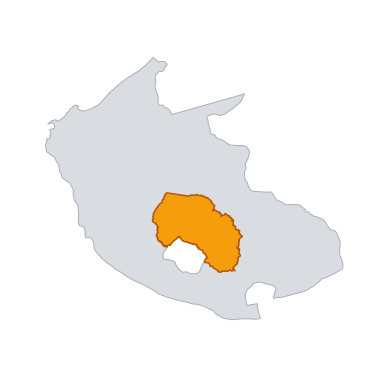 location of Free State within South Africa, rotated 75°
{"feature_id": "ZAF-1206", "entity_name": "Free State", "entity_type": "Province", "adm_level": 1, "iso_a3": "ZAF", "parent_name": "South Africa", "parent_adm1": "", "projection": "natural_earth1", "projection_center": [27.438, -28.674], "detail": "fine", "context": "in_parent", "style": "filled", "palette": "amber", "viewbox_px": 384, "rotation_deg": 75, "n_neighbors": 0, "source": "natural_earth", "source_scale": "10m", "svg_char_len": 9492}
<svg xmlns="http://www.w3.org/2000/svg" viewBox="0 0 384 384"><g transform="rotate(75 192 192)"><path d="M268.1,63.1L277.4,61.8L281.5,62.5L286.5,64.7L291.1,65.5L299.0,64.7L301.7,65.1L303.9,65.9L305.4,67.0L307.6,75.7L309.5,85.1L309.4,88.1L309.7,89.3L311.9,93.2L312.7,95.7L314.0,97.7L316.8,107.7L317.1,109.4L316.9,133.6L315.7,136.5L316.2,140.3L314.9,140.8L307.1,135.9L305.7,136.1L303.5,137.9L301.4,140.8L300.5,143.2L296.5,149.7L296.2,153.8L296.5,157.3L297.8,157.5L298.7,160.0L300.8,164.1L304.4,166.7L307.7,167.9L312.4,168.2L316.1,168.1L315.9,165.4L316.8,158.0L322.9,158.9L332.0,158.7L331.3,163.4L327.9,174.3L325.7,186.5L322.9,192.7L321.4,195.2L316.9,199.7L314.6,201.2L312.7,201.7L305.0,210.8L302.2,215.2L299.7,221.6L297.2,225.1L293.5,232.6L287.0,243.6L281.6,250.9L279.2,253.0L277.6,253.9L273.4,258.2L267.3,264.9L262.7,270.9L255.9,277.7L251.9,280.7L246.0,286.6L244.3,287.4L237.7,292.9L232.9,296.2L225.1,300.0L222.0,301.1L214.7,300.1L211.6,300.6L209.0,303.0L208.8,306.3L207.8,306.8L201.0,305.3L198.2,305.5L196.6,307.3L195.3,309.5L191.4,309.7L184.5,307.3L176.4,305.9L174.5,305.8L170.6,307.5L169.2,307.7L163.5,307.4L160.3,306.3L157.3,306.3L154.9,307.2L152.1,307.5L144.6,313.7L140.7,313.7L137.3,314.5L131.3,313.6L129.5,314.0L127.7,315.1L123.6,315.6L122.1,316.5L115.3,322.2L112.4,321.6L108.8,321.6L104.7,318.5L103.1,318.7L103.5,317.8L103.6,316.2L102.1,314.5L100.6,314.6L99.7,313.3L97.2,313.1L95.2,313.6L94.7,308.3L93.8,307.8L91.3,307.7L90.1,307.8L89.6,308.3L89.0,309.5L89.0,313.2L88.2,312.1L87.1,309.9L86.8,307.6L87.0,304.8L88.9,303.7L88.2,300.2L85.2,294.1L83.4,292.9L82.0,289.7L80.5,288.6L79.9,286.4L78.5,284.7L78.0,281.9L78.7,280.3L79.8,279.5L81.1,280.8L82.5,280.3L84.6,278.3L85.8,275.3L85.7,270.4L85.3,267.4L83.5,259.5L82.6,257.7L78.7,252.1L74.1,244.6L68.2,232.8L65.4,225.7L60.9,211.3L57.1,203.2L52.6,195.6L52.0,195.1L52.6,194.2L54.9,192.4L56.0,192.0L56.6,192.2L57.1,191.7L57.6,190.5L58.0,187.8L59.0,185.0L60.0,183.8L62.0,183.0L63.6,184.1L64.3,185.1L64.6,186.5L65.4,187.1L66.5,187.1L67.3,187.9L67.8,189.7L67.7,190.9L67.1,191.7L67.2,192.7L68.1,194.0L69.0,196.8L73.3,198.2L75.8,198.4L78.1,199.1L80.2,200.4L83.8,200.7L88.7,200.0L92.8,200.3L96.0,201.5L98.3,201.7L99.7,201.0L100.3,199.9L100.1,198.4L100.8,197.5L102.4,197.1L103.6,196.0L104.6,194.2L106.8,192.8L110.3,191.7L112.0,191.7L110.8,115.9L117.1,121.2L118.6,123.6L121.8,130.7L125.0,139.4L125.6,143.6L125.5,144.6L122.4,150.3L122.3,153.1L122.7,156.5L123.5,158.1L124.4,158.7L126.6,157.8L130.1,158.7L136.6,158.3L139.9,158.8L140.7,158.5L141.5,157.8L142.3,155.8L143.1,155.1L146.1,154.3L147.4,153.1L149.6,149.2L156.0,143.9L156.7,142.6L160.7,130.0L161.9,128.2L163.7,127.0L167.3,126.0L169.4,126.6L171.7,127.6L174.3,129.5L178.1,132.9L179.4,133.4L183.3,133.6L185.6,135.9L192.8,137.4L194.9,137.3L197.1,136.1L200.8,136.1L204.7,135.3L207.1,133.0L211.7,119.2L212.2,116.2L212.7,115.3L216.4,113.8L221.0,112.6L221.9,111.9L224.8,108.1L228.5,104.9L231.1,93.9L232.8,91.2L233.9,90.1L234.6,90.1L235.5,89.4L236.8,88.1L238.2,87.2L240.0,86.9L241.1,86.0L241.6,84.5L242.5,83.8L243.7,83.9L244.4,83.4L244.6,82.4L247.4,80.0L247.5,79.1L249.1,76.7L252.2,73.0L255.2,71.0L258.0,70.5L263.1,68.7L265.0,66.9L266.1,64.5L268.1,63.1ZM259.2,226.3L263.7,224.4L267.0,222.0L267.8,217.5L270.4,214.7L271.3,212.1L272.1,208.6L270.6,204.9L268.5,203.8L264.7,200.6L263.0,198.4L260.7,196.6L259.1,194.4L256.5,195.1L252.4,196.8L249.9,198.5L247.8,200.4L244.0,201.8L240.4,207.9L239.2,209.2L236.5,213.7L232.4,215.9L232.4,216.7L233.7,220.3L235.5,223.9L237.5,226.9L237.4,228.7L238.1,230.1L239.8,231.1L242.8,234.8L244.2,236.0L248.7,236.9L249.4,236.6L250.6,234.5L250.8,232.9L253.8,228.1L255.1,226.7L259.2,226.3Z" fill="#d9dde1" stroke="#a8b0b8" stroke-width="1"/><path d="M263.1,198.3L262.8,198.2L262.0,197.9L261.9,197.8L261.4,196.8L261.1,196.6L260.4,196.6L260.2,196.3L260.1,195.4L259.8,194.7L259.3,194.2L259.0,194.2L258.0,194.9L255.3,195.1L255.0,195.3L254.6,195.7L254.2,196.5L253.9,196.8L253.5,197.0L252.7,197.0L252.4,196.8L251.2,196.9L250.2,198.3L249.4,199.1L248.8,200.1L248.7,200.5L248.1,200.5L247.9,200.4L247.5,200.0L247.2,200.0L246.6,201.0L246.1,201.3L244.2,201.1L244.3,201.5L243.7,201.9L243.7,202.3L243.6,202.8L243.3,202.8L242.8,203.6L242.3,203.7L242.8,204.4L242.4,204.5L242.3,204.4L242.2,204.5L242.3,205.0L241.9,205.8L240.9,207.0L240.4,207.3L240.3,207.5L240.4,208.4L240.3,208.5L239.4,208.8L239.2,209.0L239.0,209.9L238.9,210.1L238.4,210.4L238.4,210.5L238.6,210.9L238.6,211.2L237.7,212.2L237.5,212.5L237.4,212.9L237.3,213.0L236.9,213.0L236.6,213.7L235.9,214.2L234.6,214.7L234.1,214.7L233.6,214.9L232.9,215.7L232.7,215.4L232.2,216.0L232.0,215.7L231.9,215.7L231.7,215.9L231.7,216.2L231.5,216.8L232.3,217.4L232.8,218.2L234.9,223.2L235.2,223.6L236.0,224.3L236.2,224.7L236.5,225.7L236.8,226.3L237.5,226.4L237.9,226.6L237.9,226.8L237.7,227.0L237.3,228.0L237.3,228.6L237.7,229.7L237.7,230.0L237.9,230.1L237.4,230.2L237.8,231.1L238.1,230.9L238.3,231.2L238.1,231.6L237.3,231.6L237.0,231.7L237.0,232.1L237.5,232.5L237.2,232.8L236.5,232.5L236.3,232.7L236.4,232.9L236.9,233.2L236.5,233.7L236.2,233.8L235.8,233.8L235.6,233.5L235.3,233.6L235.0,233.6L234.7,234.0L234.0,233.9L233.7,234.0L233.8,234.5L233.5,234.7L232.5,234.5L231.7,234.6L231.6,235.0L232.0,235.3L232.1,235.7L231.9,235.8L231.3,235.7L230.9,235.9L230.6,236.1L230.5,236.5L230.6,236.9L230.4,237.1L229.4,237.2L229.2,237.5L228.7,237.5L228.2,236.9L227.8,236.9L227.3,237.2L226.8,237.3L226.5,237.5L226.1,237.5L225.9,237.4L225.2,237.6L225.3,237.3L225.0,237.2L223.9,237.1L222.9,236.6L222.7,236.4L222.6,235.7L222.1,235.2L219.9,235.6L219.3,235.6L219.1,235.2L219.0,234.8L218.0,234.5L217.5,233.7L217.1,233.6L216.9,233.8L217.0,234.2L216.9,234.5L216.4,234.5L215.6,234.2L214.3,234.7L213.5,235.3L213.0,234.9L212.8,234.8L212.4,235.1L212.5,235.7L212.3,236.0L210.8,237.2L210.0,237.7L209.5,237.6L208.9,237.3L208.3,237.1L208.2,237.0L208.1,236.3L208.0,236.1L207.5,236.0L205.6,236.3L205.0,235.8L204.4,235.2L203.8,234.9L202.6,234.8L202.4,234.5L202.3,234.2L202.0,233.9L201.4,233.5L200.8,233.0L199.9,231.9L198.4,230.4L198.1,229.5L197.3,229.1L197.1,228.8L196.7,228.1L196.4,228.0L196.1,227.8L194.3,224.1L194.0,223.4L192.4,223.0L192.0,222.6L191.8,221.5L191.6,221.3L190.9,221.2L190.4,220.9L189.6,219.8L188.9,219.8L188.7,219.2L188.1,219.2L187.9,219.1L187.6,218.8L186.8,217.7L186.6,217.4L186.5,216.6L186.4,216.4L191.6,204.4L195.3,195.8L195.4,195.6L195.1,195.3L194.9,195.0L194.7,194.4L194.8,193.1L195.1,192.0L195.6,191.1L195.9,189.6L196.0,188.9L195.7,188.5L195.6,188.3L195.7,188.0L196.1,187.7L196.5,187.3L197.1,186.3L197.5,184.8L197.6,183.8L197.8,183.5L198.3,183.6L198.5,183.4L199.1,182.3L199.0,181.9L199.6,180.9L199.9,180.8L200.3,180.8L200.6,180.4L200.9,180.2L201.5,179.2L201.4,178.7L201.7,178.6L201.9,178.2L202.1,178.0L202.7,178.0L203.0,177.8L204.5,176.4L205.6,176.1L205.9,175.8L206.2,176.0L206.4,175.9L206.9,175.6L207.2,175.3L208.4,175.6L209.2,174.8L210.9,173.7L211.3,173.7L211.5,173.8L211.9,174.4L212.2,174.6L212.9,174.6L214.3,174.9L214.4,175.0L214.7,176.5L214.9,176.6L215.3,176.5L215.5,176.4L215.6,176.2L215.3,175.5L215.3,175.3L215.7,174.4L216.1,173.9L217.6,172.3L218.1,172.1L218.2,171.5L218.3,171.0L218.6,170.6L219.0,170.3L219.5,170.2L219.9,170.5L220.1,170.0L220.5,169.7L221.0,169.8L221.3,169.9L223.0,169.9L222.9,169.6L222.2,169.3L222.0,169.0L222.1,168.7L222.4,168.3L222.6,168.2L222.6,167.0L222.3,166.6L221.7,166.0L221.4,165.4L221.7,164.9L222.7,164.6L223.4,163.8L223.6,163.8L224.0,164.0L224.3,163.7L224.3,162.8L225.1,161.8L225.4,161.8L226.2,162.1L226.4,161.5L226.9,160.9L227.6,160.5L227.9,160.3L228.3,160.6L228.6,160.2L229.0,160.0L230.0,160.8L230.0,159.5L230.0,159.2L230.3,159.0L230.5,159.2L230.8,159.9L231.4,160.2L232.2,160.3L233.8,160.3L234.3,160.1L234.5,160.2L234.3,160.8L234.5,161.0L234.9,160.8L235.5,160.2L236.3,159.3L236.7,158.9L237.2,158.9L237.4,159.0L237.9,159.5L238.2,159.6L239.4,159.3L239.6,159.2L240.1,158.3L240.3,157.2L240.5,157.0L241.3,156.9L241.2,156.5L241.4,156.4L241.7,156.4L241.9,156.1L242.4,156.9L243.9,156.8L244.2,157.2L244.4,157.2L244.6,157.1L244.6,156.6L245.3,156.3L246.5,156.1L247.2,155.2L247.8,154.9L248.0,155.0L248.4,155.5L248.2,155.8L248.4,156.3L249.3,158.0L250.1,158.5L250.9,159.2L251.2,158.9L251.4,158.9L251.6,159.4L251.9,159.8L252.9,159.6L254.0,160.3L255.3,160.5L255.6,161.1L255.8,161.4L256.0,161.4L256.3,161.1L256.5,161.0L256.8,161.1L257.3,161.6L257.4,161.8L257.8,162.1L257.6,163.0L257.8,162.9L258.9,162.0L259.7,161.9L259.7,161.7L259.4,161.4L259.1,161.3L259.2,161.1L259.6,160.9L260.4,161.2L261.7,162.1L262.2,162.3L262.6,162.6L263.1,162.4L263.4,162.7L263.6,162.7L264.1,162.1L264.6,161.9L264.9,161.7L265.4,161.7L266.2,162.3L266.6,162.4L266.6,163.2L266.9,163.6L267.3,164.6L267.5,164.9L268.0,164.7L269.2,164.7L269.9,165.3L270.4,165.6L270.7,165.8L271.3,166.0L271.2,166.5L271.4,166.7L271.6,166.7L272.2,166.5L272.4,166.5L273.1,167.0L273.4,167.4L273.5,168.1L273.8,168.4L273.8,168.8L274.4,169.5L274.8,169.8L274.7,170.2L274.8,170.4L276.2,172.3L276.5,172.3L276.9,172.0L277.4,171.9L277.4,171.3L277.7,171.1L278.3,171.0L278.7,171.1L277.9,171.5L277.8,172.5L278.6,172.9L278.7,173.3L278.7,174.0L277.6,174.9L277.2,175.4L277.2,175.8L277.5,176.3L277.6,176.5L277.5,177.8L277.6,178.0L277.8,178.2L277.8,178.5L277.6,179.0L277.3,179.8L276.9,180.5L276.9,181.7L276.5,182.4L276.2,183.2L276.1,183.4L276.2,183.7L276.8,184.2L276.9,184.5L277.0,184.9L276.9,185.5L276.8,185.8L276.1,186.4L275.6,187.5L274.3,187.7L273.9,187.8L272.4,189.7L271.3,190.3L270.7,191.2L269.8,191.3L269.4,191.5L269.0,191.9L268.8,192.4L268.9,193.1L268.7,193.4L267.8,193.7L267.1,193.6L266.2,193.8L265.0,194.2L264.4,195.1L264.3,195.9L263.7,196.6L263.1,198.3Z" fill="#f59e0b" stroke="#b45309" stroke-width="1.5"/></g></svg>